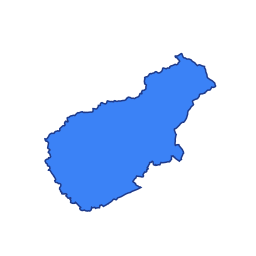 the district of Vohibato, Haute Matsiatra, Madagascar, rotated 125°
{"feature_id": "10022922B39439372576611", "entity_name": "Vohibato", "entity_type": "district", "adm_level": 2, "iso_a3": "MDG", "parent_name": "Madagascar", "parent_adm1": "Haute Matsiatra", "projection": "orthographic", "projection_center": [47.101, -21.673], "detail": "fine", "context": "isolated", "style": "filled", "palette": "blue", "viewbox_px": 256, "rotation_deg": 125, "n_neighbors": 0, "source": "geoboundaries", "source_scale": "gbopen_adm2", "svg_char_len": 5791}
<svg xmlns="http://www.w3.org/2000/svg" viewBox="0 0 256 256"><g transform="rotate(125 128 128)"><path d="M123.1,66.2L122.8,66.7L121.6,67.3L118.4,67.9L117.9,68.2L116.7,68.0L115.5,69.3L115.1,70.3L114.5,71.1L113.2,75.9L112.5,76.8L113.6,78.3L115.1,79.2L115.0,79.4L113.5,80.8L111.6,81.7L110.1,82.9L106.9,84.4L105.7,84.7L105.4,85.7L103.2,88.8L102.2,89.4L101.7,89.2L101.4,88.8L100.6,88.4L99.5,88.1L96.0,87.5L94.4,87.5L93.1,87.1L92.1,86.7L91.4,85.7L89.4,85.5L86.6,85.7L82.4,87.1L81.1,88.0L79.3,88.6L76.9,88.2L74.2,88.4L72.1,87.8L71.3,87.8L71.1,87.9L70.7,88.6L69.3,90.4L69.1,90.6L68.1,90.5L65.9,89.3L64.7,88.3L63.9,87.9L61.5,87.8L60.3,88.2L59.6,88.6L59.2,88.5L58.1,87.8L57.6,86.9L55.3,85.1L55.0,85.4L53.8,84.9L51.6,84.6L51.2,84.3L50.1,82.9L49.7,82.6L48.0,82.6L46.5,82.9L46.0,81.6L45.4,81.0L43.9,80.2L43.4,80.3L43.1,80.6L42.6,81.6L41.9,82.2L41.4,82.9L41.0,86.2L41.3,88.6L41.2,91.6L40.8,92.4L38.9,94.1L37.3,96.6L36.0,97.7L35.4,98.4L35.0,99.7L33.7,100.6L34.5,102.6L35.1,105.5L35.7,106.2L37.1,107.0L36.6,109.8L36.3,110.4L36.3,111.3L36.5,113.5L36.0,115.4L36.5,117.6L37.5,118.9L37.8,119.6L37.8,121.3L38.4,122.2L38.4,122.7L38.2,123.7L36.3,126.5L36.5,127.1L40.1,128.5L41.0,129.2L41.7,130.4L42.1,130.6L42.6,130.0L42.8,129.4L42.4,127.5L43.1,126.1L43.1,125.2L43.6,124.0L44.2,123.9L45.5,124.2L47.2,123.9L48.0,124.3L48.4,124.6L48.8,125.9L51.4,127.4L52.5,128.4L53.9,128.9L54.6,128.4L55.2,128.5L56.1,130.0L57.6,130.7L58.5,133.4L59.0,133.8L59.8,133.6L60.2,133.3L61.6,133.0L62.7,133.0L63.8,133.5L64.5,133.6L65.6,134.8L65.7,137.1L65.9,137.5L66.4,137.9L68.0,138.3L69.3,139.5L70.1,139.9L70.4,140.2L70.4,140.7L70.9,141.1L71.5,141.4L73.1,141.3L73.7,141.4L74.5,141.4L75.1,141.7L75.5,142.4L77.0,143.3L77.5,143.1L77.6,142.7L78.0,142.3L79.0,142.1L80.8,141.1L81.2,140.6L81.4,140.1L82.2,139.8L82.3,139.4L82.2,138.4L82.3,137.6L84.0,137.0L85.6,135.8L87.7,136.3L89.1,137.8L90.7,137.5L91.3,137.2L91.6,136.5L92.1,136.4L92.6,137.7L92.9,137.9L95.4,137.3L96.0,137.3L96.9,137.7L98.9,139.1L99.6,139.2L100.2,139.6L100.5,140.7L101.6,142.0L101.8,143.9L102.6,145.5L104.3,145.8L104.5,146.2L105.9,145.9L107.3,146.6L108.7,148.3L110.4,149.8L111.2,151.2L112.4,152.1L112.8,152.8L113.1,153.5L113.0,154.0L113.2,154.5L114.0,155.0L114.6,154.8L115.1,155.3L115.5,156.4L116.5,157.6L117.2,159.3L117.4,160.2L118.0,160.5L119.5,159.9L121.0,160.1L121.4,160.6L122.0,162.4L122.1,163.8L122.6,164.3L123.2,164.5L124.4,164.4L125.2,163.7L125.6,163.8L126.5,165.2L127.6,164.6L130.0,164.5L130.8,165.1L131.7,167.1L132.2,167.8L133.1,167.0L134.4,166.3L134.8,166.2L135.4,166.6L135.9,166.9L136.5,167.9L138.7,170.4L139.3,171.5L140.0,172.1L140.1,172.7L140.6,173.0L140.9,173.7L140.8,174.5L141.6,175.5L143.8,177.0L144.1,177.8L145.6,178.4L148.3,178.7L148.4,179.3L149.1,180.2L150.1,180.9L150.8,181.7L152.1,182.3L153.3,182.5L154.0,183.4L154.7,183.6L156.4,181.9L156.6,181.3L157.2,180.8L157.9,181.3L157.9,182.3L158.2,183.0L159.1,183.1L159.5,182.9L160.4,182.8L161.3,181.6L162.0,181.3L162.5,181.3L162.9,182.0L163.5,182.6L166.9,183.4L167.7,183.5L169.1,182.4L169.9,182.6L170.3,183.0L170.5,183.9L171.5,184.5L172.1,185.2L172.9,185.6L174.8,185.6L176.0,187.2L176.2,187.7L176.7,187.9L178.1,188.5L179.0,188.5L180.6,188.2L183.1,188.2L183.9,188.6L184.5,189.8L185.4,188.9L185.4,188.2L185.8,187.9L185.8,187.5L185.2,186.5L185.7,184.7L186.2,184.3L190.4,182.4L190.6,181.7L190.5,179.8L190.6,179.6L191.1,179.3L191.7,179.6L193.5,179.5L193.8,179.2L193.8,178.2L194.4,176.5L195.1,176.0L195.7,175.0L196.6,174.8L197.6,175.3L197.9,176.0L198.7,175.7L199.2,175.7L200.3,176.7L201.5,177.1L201.8,177.2L202.7,176.9L203.8,175.0L203.8,173.4L205.0,172.3L205.0,171.7L204.6,170.6L204.8,169.8L206.1,168.6L206.6,168.6L207.6,169.1L208.2,168.9L207.6,167.9L207.5,167.3L208.8,164.4L209.4,162.4L210.0,161.3L209.9,160.7L210.3,160.4L211.1,158.4L211.7,157.7L212.5,157.5L212.9,157.8L213.2,157.8L214.0,156.5L214.0,156.0L213.2,154.4L213.5,153.2L213.2,152.7L212.7,152.1L212.6,151.3L212.7,150.8L213.3,150.2L214.5,149.7L216.2,149.7L217.3,149.0L217.8,147.5L218.8,146.6L218.6,146.0L218.8,145.2L219.8,144.6L219.5,143.6L218.8,142.6L218.4,142.7L218.2,142.1L217.6,141.4L217.3,140.4L217.4,140.2L217.7,139.8L218.2,139.8L218.6,140.1L219.1,140.0L219.4,139.4L219.4,138.3L219.8,137.3L219.8,136.8L219.3,136.0L218.1,135.1L218.1,134.9L218.7,134.5L219.8,134.5L220.0,133.6L220.4,133.0L221.1,132.8L221.9,132.3L221.6,130.5L221.3,129.9L220.1,128.3L219.3,128.6L218.9,128.4L220.0,123.1L220.1,121.3L220.3,121.1L221.2,121.5L221.8,121.2L222.3,120.0L222.1,118.7L221.6,117.8L220.2,116.6L220.2,115.5L219.4,113.7L218.5,112.9L218.1,112.0L217.8,111.6L216.1,111.2L213.8,112.3L213.8,111.3L212.5,110.2L212.1,109.8L212.1,109.4L212.3,109.2L212.4,108.4L211.7,108.1L210.4,106.7L209.7,105.6L207.6,106.6L207.2,106.0L206.3,105.8L206.1,104.4L206.4,103.2L203.2,101.6L201.7,101.1L201.5,100.7L200.0,100.4L198.8,99.8L196.5,99.2L195.4,99.2L194.7,99.0L194.0,98.2L193.9,97.2L193.4,96.4L193.0,96.3L191.3,96.4L188.1,94.2L183.4,92.0L181.0,90.5L179.3,89.0L178.0,88.6L172.7,85.1L169.3,83.3L169.3,84.3L169.9,84.9L169.8,86.5L170.1,87.7L170.0,88.7L169.9,89.3L169.2,90.0L169.4,90.4L169.0,91.4L169.3,92.3L169.1,93.2L168.8,93.5L168.1,93.3L165.6,93.4L165.0,93.0L164.5,92.9L162.5,93.4L160.5,89.6L160.3,88.8L159.8,88.1L159.1,87.6L158.3,87.8L157.9,88.7L157.4,89.0L154.5,89.1L154.2,88.4L153.7,88.0L152.9,87.8L152.2,88.0L152.0,88.5L151.1,88.8L150.6,88.2L149.8,88.1L149.5,88.5L149.5,89.4L149.3,89.6L147.5,89.5L146.8,89.8L145.0,89.8L144.0,90.4L143.6,90.3L142.9,89.3L141.4,89.1L141.3,88.3L143.4,86.1L143.0,84.3L142.1,84.2L142.3,83.6L142.2,83.2L140.7,82.1L139.9,80.8L137.3,81.2L137.1,80.6L136.5,79.6L134.5,77.4L132.7,75.9L132.1,74.8L131.7,74.6L131.1,74.7L130.7,74.4L130.4,74.6L128.6,74.4L127.6,75.4L126.3,75.7L126.1,76.2L125.3,75.5L125.3,75.3L125.0,75.1L125.3,74.6L125.2,74.2L125.5,73.5L125.2,72.9L125.7,72.1L125.7,66.9L124.8,66.9L123.1,66.2Z" fill="#3b82f6" stroke="#1e3a8a" stroke-width="1.5"/></g></svg>